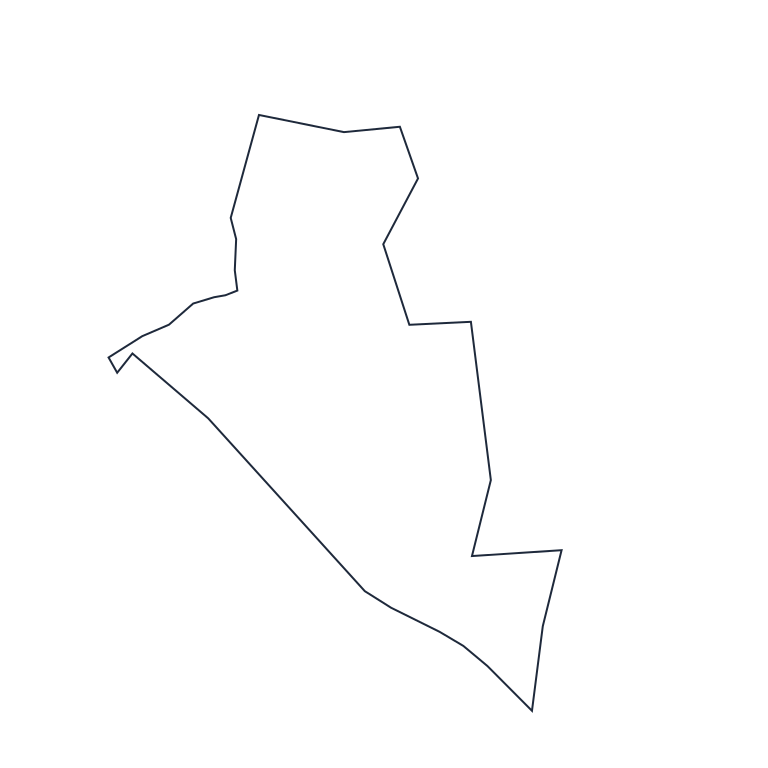 the Municipality of Baltinavas, rotated 113°
{"feature_id": "LVA-5743", "entity_name": "Baltinavas", "entity_type": "Municipality", "adm_level": 1, "iso_a3": "LVA", "parent_name": "Latvia", "parent_adm1": "", "projection": "albers", "projection_center": [27.602, 56.934], "detail": "fine", "context": "isolated", "style": "outline", "palette": "slate", "viewbox_px": 768, "rotation_deg": 113, "n_neighbors": 0, "source": "natural_earth", "source_scale": "10m", "svg_char_len": 538}
<svg xmlns="http://www.w3.org/2000/svg" viewBox="0 0 768 768"><g transform="rotate(113 384 384)"><path d="M627.0,120.1L603.2,178.6L594.1,208.6L590.4,236.0L587.2,290.0L582.2,320.7L484.3,532.4L454.2,627.5L477.9,634.0L467.2,647.9L434.4,625.2L413.4,605.1L384.5,591.1L370.5,574.3L364.3,564.7L355.3,555.5L337.6,565.8L308.4,576.7L291.0,590.0L185.2,604.2L167.8,519.3L141.0,469.9L181.5,433.0L255.6,439.3L319.6,383.8L292.8,328.3L430.7,248.1L508.0,235.8L467.6,155.6L544.9,143.2L627.0,120.1Z" fill="none" stroke="#1e293b" stroke-width="2"/></g></svg>